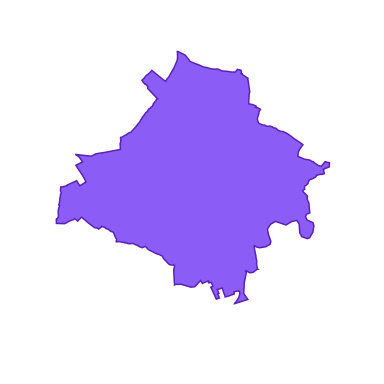 outline of Mihalt, Alba, Romania, rotated 228°
{"feature_id": "2599482B90708528056967", "entity_name": "Mihalt", "entity_type": "district", "adm_level": 2, "iso_a3": "ROU", "parent_name": "Romania", "parent_adm1": "Alba", "projection": "mercator", "projection_center": [23.75, 46.165], "detail": "fine", "context": "isolated", "style": "filled", "palette": "violet", "viewbox_px": 384, "rotation_deg": 228, "n_neighbors": 0, "source": "geoboundaries", "source_scale": "gbopen_adm2", "svg_char_len": 6017}
<svg xmlns="http://www.w3.org/2000/svg" viewBox="0 0 384 384"><g transform="rotate(228 192 192)"><path d="M239.1,309.7L245.7,308.0L246.2,308.4L247.2,307.7L248.3,309.2L249.0,309.4L249.7,309.9L252.8,307.7L252.3,306.5L252.2,305.2L252.2,305.3L252.2,304.1L252.9,303.7L253.9,302.5L255.4,301.0L257.9,299.1L261.9,295.3L264.8,294.1L265.7,293.7L266.8,292.8L268.0,291.2L270.0,289.2L272.0,287.8L274.9,286.1L276.2,285.0L276.8,284.5L278.2,283.7L281.9,282.2L285.1,280.3L287.6,279.3L289.3,278.3L291.2,277.9L291.9,278.2L298.4,278.5L306.0,275.5L306.3,275.1L304.8,274.0L301.7,271.3L300.4,269.9L299.7,269.0L296.3,261.6L294.8,256.9L293.1,252.1L292.9,250.8L292.7,249.1L291.9,246.5L295.1,245.7L309.2,243.5L309.0,242.0L308.9,239.6L309.0,237.6L309.2,235.5L308.5,232.4L308.6,231.5L308.5,229.5L307.4,229.5L306.9,229.3L306.3,229.2L303.8,229.2L303.8,229.7L299.7,229.8L299.5,229.3L298.6,228.3L284.3,228.8L284.5,228.0L284.5,227.4L284.0,226.2L284.0,225.7L283.9,225.2L284.0,224.8L283.6,223.9L283.7,222.6L283.1,222.1L283.0,221.4L282.5,220.9L282.2,219.8L282.5,218.4L282.2,217.3L282.6,215.8L282.2,213.9L281.8,213.4L281.9,212.5L281.6,211.9L281.9,210.7L281.7,209.8L281.3,208.8L281.4,208.1L281.0,207.5L280.9,205.3L279.9,203.3L280.0,202.6L279.8,201.6L279.2,200.8L278.9,199.2L278.9,197.8L278.6,197.1L278.6,196.7L278.3,195.9L278.4,195.6L278.2,195.0L278.0,193.8L278.1,192.9L277.8,192.2L277.7,190.3L277.6,189.9L277.6,189.5L277.5,189.1L277.6,188.7L277.2,186.4L277.9,185.4L278.0,185.0L278.2,184.6L278.2,184.2L278.4,183.5L278.5,181.1L279.0,180.2L279.1,179.8L279.0,179.5L279.3,178.7L279.4,177.3L280.3,175.6L280.3,175.4L279.3,174.4L278.2,174.5L277.8,173.2L277.3,172.9L276.6,172.3L276.4,171.3L271.6,167.3L279.5,154.1L282.8,149.1L284.8,145.9L284.7,145.6L285.8,141.9L286.0,141.4L286.5,140.7L294.2,133.8L298.0,130.4L294.1,131.5L292.8,131.5L287.6,130.9L287.7,130.4L289.5,123.6L288.6,123.4L278.1,121.8L274.5,121.1L270.3,119.9L271.8,112.8L274.4,113.2L277.6,113.8L280.7,103.7L280.3,103.5L281.4,101.3L282.2,99.9L282.0,99.5L283.6,98.0L282.6,96.8L282.1,96.3L281.5,95.5L280.6,94.9L279.4,94.5L278.8,94.2L278.4,93.6L278.3,92.9L278.0,92.3L277.2,91.9L276.7,91.1L276.3,90.2L273.6,87.4L273.2,86.7L272.6,86.1L271.5,84.3L270.6,84.6L268.5,81.1L266.6,79.1L263.5,76.6L262.9,75.9L262.4,73.9L262.7,73.5L262.4,72.8L259.4,70.2L253.9,75.9L253.5,76.5L252.6,80.8L251.4,84.2L250.9,85.2L250.5,86.8L250.5,87.2L246.9,87.6L247.1,90.2L247.1,91.3L247.0,93.2L244.7,93.4L242.5,93.8L240.2,94.0L237.6,94.4L230.6,95.8L230.1,96.1L229.5,96.7L228.9,97.2L228.5,97.5L226.9,97.8L226.7,100.8L226.6,101.5L226.9,101.9L226.2,102.1L225.3,102.7L224.4,103.6L224.1,103.7L223.9,103.6L223.6,103.4L222.5,103.6L221.5,104.1L220.9,104.6L220.7,104.6L218.8,105.1L218.2,105.1L217.8,105.1L217.3,105.2L216.4,105.7L215.7,106.2L214.7,106.6L213.7,106.3L210.3,105.0L209.3,104.7L208.1,104.5L207.7,104.5L207.2,104.3L206.4,103.2L206.2,102.8L206.0,102.5L205.8,102.4L205.5,102.5L204.9,103.1L204.5,104.0L204.0,104.6L203.7,104.7L202.8,105.5L201.7,106.3L200.9,106.8L199.6,108.1L199.0,108.0L198.9,108.1L198.8,108.3L198.6,108.8L198.0,109.2L197.6,109.4L197.2,109.4L196.5,110.1L195.9,110.4L195.2,111.1L195.2,111.3L194.8,111.7L194.3,112.3L193.6,113.2L193.2,113.9L193.0,114.0L190.7,114.7L189.6,115.5L186.5,116.4L184.3,117.5L183.8,117.9L183.0,120.2L182.7,120.9L181.5,121.1L179.4,120.9L177.5,121.3L170.4,124.1L168.7,124.9L168.4,125.4L165.5,126.5L164.4,127.1L161.6,126.3L153.8,126.5L152.9,126.8L152.1,127.4L149.4,130.0L147.6,128.4L147.0,126.9L143.5,123.9L134.6,116.8L134.3,118.0L130.8,122.1L122.0,127.5L119.7,130.8L120.1,134.7L120.5,139.1L117.1,138.6L116.6,140.3L115.2,144.0L114.8,144.8L114.4,144.6L114.2,144.3L114.2,144.0L113.1,143.7L112.2,145.8L109.3,145.0L108.0,144.3L108.7,142.3L105.4,141.3L96.1,138.4L95.0,141.3L94.9,141.5L99.1,142.8L98.7,144.2L102.6,145.5L100.3,150.3L99.8,150.0L99.5,149.7L99.3,149.6L98.6,149.5L97.9,149.1L95.9,148.1L94.8,147.8L92.7,146.9L91.9,146.4L90.9,148.2L90.0,150.0L89.2,152.1L88.0,155.1L88.7,155.7L89.7,156.4L89.2,157.3L87.5,160.5L87.0,160.2L86.3,160.8L85.2,160.1L84.5,159.4L83.4,158.0L82.7,156.8L81.7,154.2L81.1,152.1L80.8,149.3L80.6,148.9L77.9,154.6L74.8,161.6L78.1,162.0L82.1,162.6L82.3,162.8L86.7,167.3L88.2,168.7L90.2,170.9L93.2,175.0L96.5,179.4L97.5,178.9L97.6,179.2L95.9,180.1L93.6,180.7L93.3,180.9L92.9,181.6L92.2,182.2L91.3,184.3L91.1,188.1L90.6,189.1L90.8,189.0L95.3,191.8L96.0,192.6L98.1,194.5L98.8,194.6L102.3,197.0L105.8,199.1L109.5,201.4L110.3,202.1L110.5,202.3L108.0,203.1L105.6,204.7L104.3,206.5L101.9,210.3L100.9,215.3L102.6,217.6L108.8,220.2L113.9,223.1L115.5,228.8L114.2,234.4L104.6,239.8L103.3,246.4L100.8,250.9L96.5,250.2L89.6,244.8L85.3,243.7L80.2,246.5L79.3,248.9L81.3,255.0L85.3,260.0L88.3,261.4L94.1,258.8L97.7,259.8L98.8,262.3L97.7,265.6L105.7,271.5L109.5,272.7L111.9,275.1L117.5,274.8L118.9,275.1L119.0,276.3L118.6,277.5L119.6,278.2L120.9,279.5L121.0,280.0L120.6,281.6L120.6,283.8L121.6,285.1L122.3,287.2L122.4,288.0L121.6,289.4L121.1,290.8L120.4,294.1L120.8,295.5L121.1,295.9L120.7,296.2L119.9,298.0L119.6,298.8L118.4,300.1L117.8,300.8L117.1,302.7L119.0,303.7L121.0,304.9L120.7,305.3L120.1,307.4L119.6,308.6L118.8,310.9L121.9,313.8L123.5,312.4L125.5,311.3L124.7,306.1L124.4,305.4L127.5,303.4L130.5,302.8L132.1,302.4L133.5,302.4L134.1,301.9L134.8,301.4L136.4,301.2L137.5,300.3L138.0,300.2L141.0,297.6L147.7,294.5L150.5,297.8L151.9,301.3L152.8,305.8L152.8,306.0L153.6,306.0L159.2,304.7L159.8,304.4L160.8,304.2L163.3,303.6L166.7,303.0L172.0,301.8L174.3,300.8L176.1,300.1L176.8,299.4L177.2,298.9L180.3,297.2L180.7,297.2L183.4,297.0L184.7,295.8L186.0,295.3L186.6,295.4L186.8,295.2L187.2,295.1L187.4,294.9L188.8,294.0L189.7,292.9L190.5,291.8L191.8,291.1L192.8,291.0L193.5,290.4L193.8,290.1L194.2,289.7L194.7,289.2L195.2,289.1L197.5,287.9L198.4,287.6L199.7,288.0L202.2,289.1L203.0,289.9L205.7,294.4L206.3,294.8L206.9,295.7L207.6,298.2L210.8,297.2L211.2,296.7L212.3,295.9L212.8,297.1L215.8,295.9L216.9,295.2L219.6,293.2L221.5,294.9L223.3,296.7L224.1,297.6L225.1,298.5L225.7,299.1L227.3,301.1L227.6,301.8L237.6,308.5L239.0,309.1L239.1,309.7Z" fill="#8b5cf6" stroke="#5b21b6" stroke-width="1.5"/></g></svg>